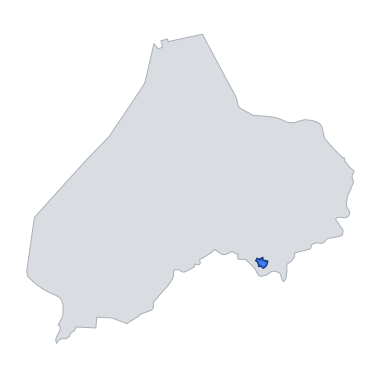 Derbendikhan, As-Sulaymaniyah, Iraq shown in context, rotated 93°
{"feature_id": "34846034B22464020679662", "entity_name": "Derbendikhan", "entity_type": "district", "adm_level": 2, "iso_a3": "IRQ", "parent_name": "Iraq", "parent_adm1": "As-Sulaymaniyah", "projection": "mercator", "projection_center": [45.71, 35.186], "detail": "fine", "context": "in_parent", "style": "filled", "palette": "blue", "viewbox_px": 384, "rotation_deg": 93, "n_neighbors": 0, "source": "geoboundaries", "source_scale": "gbopen_adm2", "svg_char_len": 4400}
<svg xmlns="http://www.w3.org/2000/svg" viewBox="0 0 384 384"><g transform="rotate(93 192 192)"><path d="M149.9,41.8L153.0,41.0L158.9,36.1L162.3,31.5L163.4,31.1L166.4,32.6L168.6,33.0L173.6,31.3L176.6,32.2L179.2,33.3L180.6,33.4L187.3,36.3L189.0,36.6L192.5,37.0L197.7,37.1L201.1,35.3L203.4,33.5L205.1,33.5L206.7,33.9L208.1,34.7L209.2,36.1L209.7,38.0L209.5,44.1L210.0,45.7L210.9,46.9L212.1,47.1L213.5,45.8L216.0,43.8L219.0,41.7L221.3,39.8L222.6,39.1L224.7,39.2L226.6,39.5L227.8,40.4L227.8,40.7L228.8,43.6L231.5,54.3L233.0,55.7L234.8,56.8L236.0,58.4L236.5,60.0L236.3,62.5L236.4,65.3L237.1,67.5L238.1,69.2L239.0,70.0L240.4,70.1L242.0,70.5L243.2,72.2L246.7,84.3L247.1,85.8L248.5,86.3L251.0,86.1L253.5,87.4L256.2,89.3L258.8,93.0L260.5,93.6L265.8,93.0L273.1,93.6L276.6,95.5L276.2,96.7L273.6,98.0L268.9,99.5L267.5,102.1L266.8,105.4L266.9,107.3L268.0,109.4L271.3,113.5L271.5,114.9L272.1,117.0L272.7,118.4L272.0,121.1L269.1,123.0L265.1,125.1L257.3,134.1L256.7,136.1L256.8,141.4L256.0,143.0L253.5,142.9L251.6,142.7L251.5,144.5L250.2,147.0L249.5,149.2L252.4,154.3L252.9,157.0L252.5,159.5L249.8,163.7L248.2,166.6L248.6,167.2L250.7,168.3L257.1,177.6L259.2,180.9L262.0,180.0L263.0,180.1L263.8,180.6L264.3,181.7L264.3,183.1L263.6,185.2L267.1,186.1L268.3,188.2L272.4,195.4L272.3,197.5L270.3,200.9L270.3,203.1L270.7,205.2L271.4,205.9L277.4,206.2L279.9,207.0L286.1,210.6L293.2,216.3L299.0,220.8L304.0,224.8L309.3,224.5L310.7,225.2L312.1,226.4L313.6,229.6L316.6,236.8L319.2,239.2L323.2,245.0L326.9,250.4L324.4,257.8L322.0,265.4L322.0,275.2L322.0,280.5L327.1,280.7L332.8,280.9L332.8,287.2L332.8,293.5L332.9,300.7L334.5,301.0L337.2,302.5L338.3,304.8L339.7,306.1L341.4,306.3L343.1,307.4L344.8,309.5L345.4,311.0L344.9,312.1L345.3,314.0L346.5,316.7L347.9,317.9L350.1,319.5L347.1,320.4L343.9,319.7L337.0,316.6L334.8,316.5L331.8,317.7L331.7,318.7L324.4,315.2L321.8,314.5L320.9,314.5L316.7,314.5L310.8,315.1L307.3,316.5L304.9,318.1L303.8,319.5L303.4,320.3L301.5,324.7L299.3,330.3L297.0,335.3L292.6,342.4L290.1,345.6L284.9,351.7L279.2,352.9L266.1,351.7L251.5,350.4L237.0,349.1L226.2,348.1L225.3,347.8L214.7,339.1L206.2,332.3L195.7,323.7L184.9,315.0L174.0,306.0L166.0,299.5L156.4,291.2L147.6,283.5L140.7,277.5L131.8,272.2L124.9,268.1L114.8,262.0L106.7,257.2L99.7,253.1L89.1,246.7L85.5,244.9L74.5,242.8L64.0,241.0L53.2,239.1L45.9,237.8L50.7,233.3L49.2,229.2L45.8,229.9L42.6,230.9L40.6,224.5L43.1,223.7L40.8,215.4L38.5,206.8L36.2,198.4L33.9,189.8L43.1,184.4L49.9,180.2L59.5,174.5L68.7,168.9L77.5,163.6L87.2,157.7L95.9,152.5L103.8,150.3L105.5,148.7L109.1,141.5L112.2,135.3L112.4,133.9L112.4,125.1L112.9,114.8L114.0,109.3L115.8,104.4L117.4,100.8L117.6,97.4L117.4,94.0L115.7,88.9L113.9,83.5L114.1,78.3L114.4,75.5L115.5,71.1L117.4,67.8L119.4,65.8L127.0,63.7L131.5,62.5L137.5,56.7L141.0,53.2L146.0,47.8L149.6,43.7L149.9,42.3L149.9,41.8Z" fill="#d9dde1" stroke="#a8b0b8" stroke-width="1"/><path d="M255.4,122.2L255.2,122.6L255.1,122.8L255.0,123.1L255.0,123.4L255.0,123.7L255.3,123.7L255.6,123.8L255.8,123.8L256.0,123.9L256.5,124.3L256.8,124.6L257.1,124.8L257.5,124.6L257.6,124.3L258.0,123.7L258.2,123.0L258.6,122.5L258.9,122.5L259.2,122.5L259.3,122.5L259.7,122.3L260.2,122.2L260.5,122.1L260.5,121.8L260.5,121.7L260.8,121.5L261.1,121.4L261.4,121.4L261.7,121.4L262.2,121.5L262.5,121.6L262.8,121.6L262.9,121.4L262.9,121.2L262.8,120.9L262.8,120.7L262.7,120.4L262.6,120.2L262.4,120.0L262.2,119.7L262.2,119.4L262.2,119.2L262.3,119.1L262.7,118.8L263.1,118.4L263.4,118.1L263.8,117.6L264.1,117.4L264.3,117.0L264.0,116.4L263.8,116.1L263.6,115.8L263.4,115.6L263.0,115.2L262.7,114.8L262.5,114.6L262.2,114.4L261.9,114.1L261.2,113.8L260.7,113.5L260.1,113.4L259.3,113.2L258.9,113.1L258.7,113.0L258.4,113.0L258.3,113.3L258.2,113.3L257.6,113.0L257.3,112.9L257.1,112.8L257.0,113.0L257.0,113.3L257.1,113.6L257.1,113.8L257.0,114.1L256.8,114.5L256.6,114.7L257.0,114.9L257.2,115.0L257.2,115.9L257.0,116.0L256.8,116.1L256.6,116.2L256.6,116.3L256.6,116.5L256.6,116.8L256.5,117.1L256.4,117.2L256.3,117.5L256.2,117.8L256.2,118.1L255.7,118.0L255.2,117.9L254.9,117.8L254.5,117.7L254.3,117.6L254.0,117.7L253.8,117.9L253.8,118.0L253.9,118.4L253.9,118.6L254.0,118.7L254.3,118.9L254.4,119.0L254.5,119.2L254.6,119.4L254.8,119.6L255.0,119.7L255.2,119.8L255.4,119.9L255.6,120.0L255.8,120.2L256.2,120.5L255.9,120.7L255.7,120.7L255.2,120.7L255.2,120.8L255.2,121.0L255.5,121.5L255.6,121.8L255.5,122.1L255.4,122.2Z" fill="#3b82f6" stroke="#1e3a8a" stroke-width="1.5"/></g></svg>